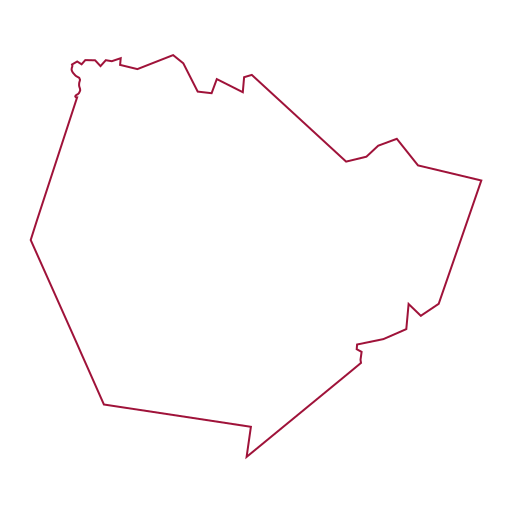 the district of Warren, Kentucky, United States of America
{"feature_id": "52423323B42850275456699", "entity_name": "Warren", "entity_type": "district", "adm_level": 2, "iso_a3": "USA", "parent_name": "United States of America", "parent_adm1": "Kentucky", "projection": "robinson", "projection_center": [-86.485, 36.983], "detail": "fine", "context": "isolated", "style": "outline", "palette": "rose", "viewbox_px": 512, "rotation_deg": 0, "n_neighbors": 0, "source": "geoboundaries", "source_scale": "gbopen_adm2", "svg_char_len": 921}
<svg xmlns="http://www.w3.org/2000/svg" viewBox="0 0 512 512"><path d="M251.8,74.9L244.1,77.2L242.8,92.2L216.8,79.1L211.6,93.2L197.7,91.6L183.3,63.3L173.1,55.1L137.4,69.1L120.1,64.9L120.7,58.2L111.8,61.2L105.8,60.2L100.5,66.1L95.1,60.3L85.3,60.1L81.6,64.3L77.2,61.5L72.0,64.5L72.4,65.8L72.2,66.8L71.8,67.9L71.6,69.4L71.7,70.2L72.2,71.5L73.0,72.8L75.3,75.4L76.3,76.2L79.2,77.8L80.0,79.7L79.9,80.5L79.3,82.4L79.1,83.9L79.1,85.5L79.3,86.6L80.0,88.7L80.2,90.3L79.8,91.4L78.9,93.2L77.7,94.3L76.8,94.7L75.6,95.6L75.3,96.6L76.1,97.4L77.1,97.4L36.9,220.5L30.7,240.0L77.3,344.4L81.2,353.3L87.3,367.0L103.9,404.5L250.9,426.8L246.6,456.9L306.8,407.5L351.6,370.7L361.0,362.9L360.5,359.8L361.6,351.9L356.7,349.2L357.1,344.5L383.4,339.1L406.3,329.1L408.6,304.0L420.8,315.8L438.7,303.8L458.8,245.7L481.3,180.5L418.0,165.4L396.8,138.8L378.2,145.7L366.4,156.7L346.1,161.6L251.8,74.9Z" fill="none" stroke="#9f1239" stroke-width="2"/></svg>